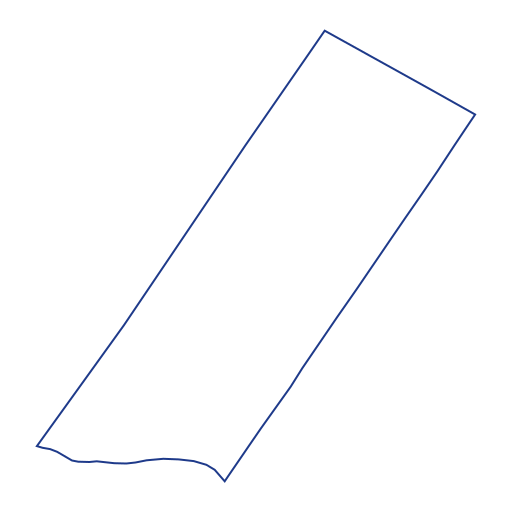 Videle, Teleorman, Romania (Natural Earth projection)
{"feature_id": "2599482B29791980403734", "entity_name": "Videle", "entity_type": "district", "adm_level": 2, "iso_a3": "ROU", "parent_name": "Romania", "parent_adm1": "Teleorman", "projection": "natural_earth1", "projection_center": [25.476, 44.223], "detail": "fine", "context": "isolated", "style": "outline", "palette": "blue", "viewbox_px": 512, "rotation_deg": 0, "n_neighbors": 0, "source": "geoboundaries", "source_scale": "gbopen_adm2", "svg_char_len": 691}
<svg xmlns="http://www.w3.org/2000/svg" viewBox="0 0 512 512"><path d="M224.7,481.3L228.4,475.8L244.3,452.6L248.8,446.0L260.9,428.4L274.1,409.9L290.6,386.8L302.3,368.2L315.8,348.4L337.1,317.2L345.9,304.6L356.7,289.1L370.4,269.0L380.1,254.8L389.7,240.7L405.1,218.2L421.4,194.7L437.4,171.3L440.6,166.4L454.6,145.1L464.9,129.7L470.0,122.1L474.4,115.6L475.1,114.5L431.9,90.2L324.7,30.7L307.6,55.5L245.5,145.2L124.0,325.1L88.1,375.0L36.9,446.1L42.6,447.8L50.1,449.1L57.1,451.8L72.0,460.5L78.2,461.7L89.4,462.0L96.7,461.3L114.2,463.2L126.4,463.5L135.5,462.5L146.6,460.3L163.3,458.8L178.7,459.4L193.8,461.1L206.4,464.8L214.7,469.8L224.7,481.3Z" fill="none" stroke="#1e3a8a" stroke-width="2"/></svg>